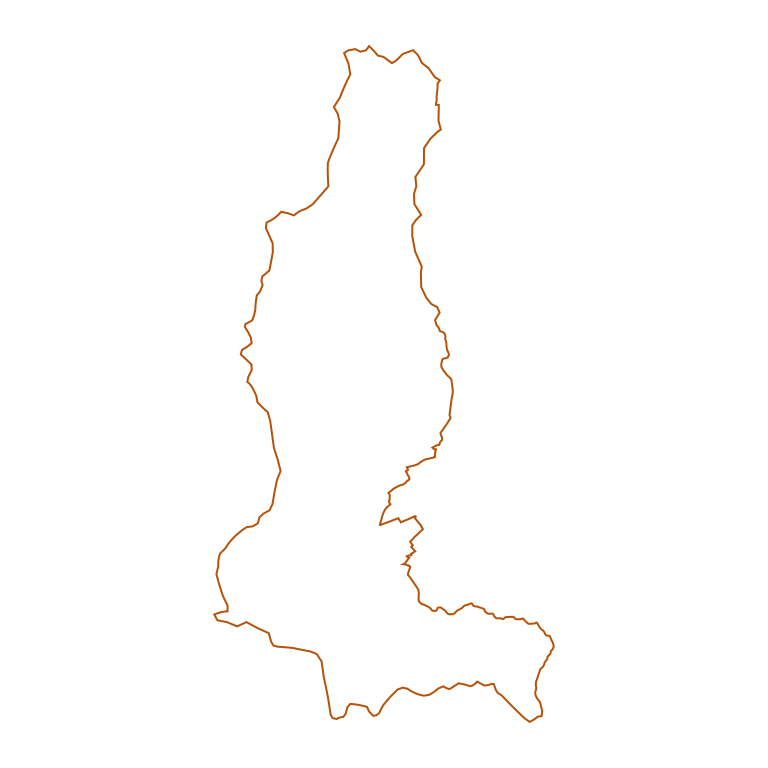 outline of Glimboca, Caras-Severin, Romania
{"feature_id": "2599482B78068825292694", "entity_name": "Glimboca", "entity_type": "district", "adm_level": 2, "iso_a3": "ROU", "parent_name": "Romania", "parent_adm1": "Caras-Severin", "projection": "albers", "projection_center": [22.334, 45.53], "detail": "fine", "context": "isolated", "style": "outline", "palette": "amber", "viewbox_px": 768, "rotation_deg": 0, "n_neighbors": 0, "source": "geoboundaries", "source_scale": "gbopen_adm2", "svg_char_len": 6097}
<svg xmlns="http://www.w3.org/2000/svg" viewBox="0 0 768 768"><path d="M439.9,80.3L434.8,77.1L428.6,68.3L421.9,62.9L418.0,55.1L413.1,50.2L402.8,54.0L395.7,61.0L391.9,63.1L383.5,56.9L377.9,55.6L374.2,51.3L369.1,46.1L365.9,50.4L360.3,51.7L355.2,49.1L348.2,50.4L344.1,53.1L348.5,63.7L350.3,74.3L347.4,80.1L344.7,85.9L342.2,91.8L339.8,97.8L333.9,107.0L337.8,113.9L339.5,121.7L338.3,138.4L335.5,144.3L332.8,150.4L330.2,156.5L327.9,162.7L327.7,168.6L327.8,174.5L328.0,180.4L328.4,186.3L312.7,204.3L305.9,208.8L302.6,209.9L299.5,211.3L296.6,213.2L294.0,215.4L287.7,213.2L281.2,211.8L278.1,215.1L274.6,218.0L270.8,220.4L266.7,222.5L265.8,227.8L272.7,243.4L272.8,252.4L269.4,270.5L262.3,276.4L261.4,280.9L262.6,285.1L260.0,291.6L256.8,295.4L255.8,302.0L255.5,305.8L255.3,309.5L255.0,311.3L254.0,315.5L252.5,319.5L252.0,320.5L245.4,324.1L244.9,327.0L248.2,332.2L250.9,337.8L251.6,343.1L249.4,345.0L247.1,346.8L242.0,349.9L240.8,354.4L251.5,364.5L251.7,370.1L248.3,377.0L247.3,381.8L249.1,383.4L250.7,385.2L252.1,387.2L253.2,389.3L256.2,395.6L257.5,402.3L262.4,407.4L267.7,412.1L270.2,420.8L273.9,447.7L277.6,459.3L280.6,471.0L277.0,479.9L274.5,492.2L272.4,504.5L269.5,510.3L263.2,513.8L259.4,517.4L257.9,523.3L252.9,526.3L246.8,527.1L242.4,530.0L238.2,533.4L234.5,536.7L231.8,539.6L228.3,543.8L225.3,548.4L220.1,553.5L219.1,556.6L218.5,559.8L218.2,563.1L218.3,566.3L216.4,574.1L219.0,583.9L222.1,593.5L223.1,596.3L227.6,605.7L227.5,611.3L224.1,611.6L220.7,612.3L217.4,613.3L214.3,614.5L217.4,620.3L226.9,622.1L237.2,626.4L246.4,622.1L257.4,628.0L268.8,633.2L271.2,641.9L273.5,645.6L277.2,646.6L292.4,647.9L310.4,651.5L316.6,653.9L321.6,661.4L323.7,676.6L325.7,686.0L327.6,695.5L329.2,705.0L330.6,714.6L332.6,718.0L336.6,719.0L338.1,718.1L339.8,717.5L341.5,717.1L343.3,716.9L345.6,713.8L347.4,707.2L350.4,703.9L354.6,704.3L358.8,704.9L362.9,705.8L367.0,706.9L369.2,711.7L373.2,715.8L376.1,715.4L379.1,713.1L383.1,705.3L390.1,697.0L397.6,689.5L402.6,687.7L407.4,688.7L411.2,691.2L415.3,693.2L419.5,694.7L423.9,695.7L429.4,694.8L434.0,691.9L438.3,688.5L443.4,686.3L444.9,687.3L446.4,688.1L448.1,688.7L449.8,689.0L458.5,683.3L464.7,684.5L470.6,686.3L472.5,685.5L474.2,684.4L475.8,683.1L477.2,681.6L483.9,685.4L485.8,685.4L487.6,685.2L489.4,684.7L491.1,683.9L493.7,684.0L495.9,690.1L497.7,692.8L501.9,695.6L511.3,705.4L521.0,714.9L524.7,718.4L529.7,721.9L533.9,719.6L537.7,716.7L541.7,716.1L542.2,710.9L540.0,702.2L536.7,697.7L535.8,695.8L535.3,693.9L535.3,692.3L535.6,690.7L536.2,689.2L536.3,687.9L535.8,685.2L536.0,681.8L537.3,678.4L538.7,673.8L540.4,669.0L542.3,667.5L543.4,665.9L544.2,664.5L544.5,662.8L545.2,661.6L547.1,659.4L547.3,658.4L547.4,657.3L547.7,656.5L550.2,654.1L551.1,650.7L552.3,649.8L552.8,648.6L553.5,647.5L553.7,646.4L553.5,645.0L552.6,642.2L551.6,640.4L549.8,636.2L548.9,635.8L546.1,635.3L545.5,634.7L544.4,632.3L543.5,631.0L540.5,628.4L539.1,626.5L537.0,622.8L536.6,622.6L536.1,622.6L535.1,623.3L534.5,623.5L529.0,623.9L528.3,623.7L526.2,621.9L523.9,619.6L523.4,618.7L522.5,618.4L521.1,619.1L519.1,619.3L516.2,619.2L515.5,619.0L514.2,617.5L513.3,616.9L511.7,616.8L505.3,617.2L504.0,618.5L503.2,619.0L501.8,618.8L500.4,618.3L496.7,618.3L496.0,618.2L495.6,617.6L494.3,616.5L493.3,614.1L492.4,613.6L491.8,613.6L488.2,613.8L485.8,612.2L484.9,611.2L484.5,610.3L484.4,609.4L483.6,608.8L477.0,606.5L475.2,606.4L474.2,606.2L473.2,605.6L472.3,603.9L471.6,603.4L471.0,603.4L469.4,603.9L467.9,604.7L465.5,605.3L464.1,605.9L462.1,607.9L457.1,610.7L454.5,613.3L452.9,614.1L450.7,614.2L450.1,614.4L448.5,614.1L447.7,613.6L446.6,612.6L445.7,611.2L445.1,610.6L441.8,608.2L440.6,607.5L439.6,607.4L438.4,607.6L437.6,607.9L437.1,609.6L436.1,610.6L435.2,611.0L432.7,610.7L432.2,610.6L431.2,609.2L430.2,608.2L428.3,606.7L425.9,605.7L423.7,604.6L421.6,604.0L418.9,601.4L418.8,600.8L418.6,599.8L418.6,596.9L418.9,593.9L418.3,589.6L412.9,581.4L411.7,580.0L410.0,577.2L407.9,574.9L408.1,573.1L410.3,566.8L409.5,566.0L408.3,565.3L408.1,565.6L406.1,564.7L403.2,564.2L405.1,563.3L406.0,561.9L409.1,557.9L407.7,557.2L406.8,556.3L408.4,555.5L409.8,555.6L411.3,555.2L411.5,554.6L411.1,553.8L412.3,553.2L415.2,551.3L411.2,546.9L412.8,545.4L410.1,541.7L411.6,540.3L414.4,537.0L416.6,535.2L420.5,531.3L422.0,530.3L422.5,529.7L422.9,529.1L421.3,526.6L421.5,526.1L414.8,518.0L415.7,516.5L414.9,516.1L408.5,519.1L400.8,522.3L400.3,521.2L399.7,520.6L398.4,518.2L379.4,525.4L379.7,525.1L381.6,518.8L382.4,515.7L383.6,512.4L385.0,509.7L387.1,507.0L390.4,504.4L390.2,503.7L389.1,502.2L388.9,501.7L389.0,501.1L389.5,500.1L389.8,495.2L389.6,494.7L388.5,492.9L389.6,491.9L390.8,491.3L390.9,491.0L391.4,490.5L392.3,490.1L392.6,489.4L393.2,489.0L397.1,486.7L399.5,485.5L402.1,484.9L404.8,483.4L405.7,482.7L407.4,480.6L408.3,480.4L409.2,479.4L409.5,478.9L409.5,478.4L409.2,478.1L408.9,476.8L408.6,476.2L407.6,475.0L407.4,473.8L406.8,472.7L405.8,471.5L405.8,471.2L407.5,470.3L408.1,469.7L406.8,467.3L415.2,465.2L416.8,464.6L417.6,464.3L422.2,461.0L425.3,459.4L432.7,457.8L434.8,457.1L434.4,456.6L434.9,456.1L435.1,452.8L435.3,452.8L435.4,452.5L435.5,451.2L435.7,450.2L436.0,449.6L435.8,449.3L435.3,449.8L434.7,449.3L434.2,449.3L432.4,447.6L436.7,445.3L438.7,444.7L439.0,445.0L439.4,444.7L440.2,441.9L441.8,440.3L442.1,439.7L442.0,437.5L441.4,436.3L440.6,434.1L440.5,432.8L442.1,430.8L446.4,424.6L450.4,418.2L450.5,417.8L449.5,415.1L451.4,400.2L452.6,394.0L452.8,391.8L452.7,389.4L451.8,383.1L451.4,379.8L450.7,378.6L446.5,374.5L443.6,370.6L441.5,367.4L441.2,364.3L442.4,359.4L442.9,359.0L444.1,358.5L445.6,358.2L447.8,357.3L448.9,355.0L448.8,353.7L447.2,350.1L446.7,348.1L446.2,341.7L445.5,339.9L445.2,338.8L445.4,336.6L445.0,334.6L444.3,333.2L443.5,332.5L439.7,330.8L438.7,327.7L437.9,326.6L436.7,325.5L436.0,323.5L435.1,320.1L439.6,312.6L437.2,307.1L431.4,304.1L426.2,297.5L421.2,287.1L420.9,272.4L421.8,266.7L415.1,251.5L412.3,236.0L412.3,225.3L416.3,219.6L421.2,214.9L414.4,204.1L414.0,194.0L416.3,186.3L415.4,177.0L423.9,164.3L424.0,148.2L430.4,138.7L437.7,131.7L440.8,129.6L438.5,120.7L438.8,104.9L435.9,104.8L436.7,99.6L436.6,96.8L437.1,92.4L437.6,86.6L437.5,83.7L439.9,80.3Z" fill="none" stroke="#b45309" stroke-width="2"/></svg>